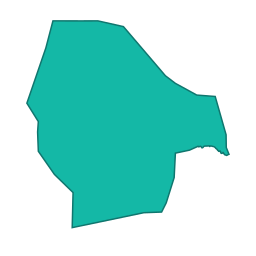 the district of Bayanmo'nx, Hentiy, Mongolia, rotated 185°
{"feature_id": "93677404B71590009597978", "entity_name": "Bayanmo'nx", "entity_type": "district", "adm_level": 2, "iso_a3": "MNG", "parent_name": "Mongolia", "parent_adm1": "Hentiy", "projection": "mercator", "projection_center": [109.403, 46.914], "detail": "fine", "context": "isolated", "style": "filled", "palette": "teal", "viewbox_px": 256, "rotation_deg": 185, "n_neighbors": 0, "source": "geoboundaries", "source_scale": "gbopen_adm2", "svg_char_len": 1463}
<svg xmlns="http://www.w3.org/2000/svg" viewBox="0 0 256 256"><g transform="rotate(185 128 128)"><path d="M215.3,97.0L197.2,75.3L177.1,58.9L174.9,23.9L104.9,45.0L87.2,47.2L83.4,56.8L77.7,82.6L78.6,107.1L64.8,111.3L56.6,115.9L56.2,115.5L55.9,115.4L55.6,115.5L55.3,115.6L54.9,115.9L54.6,116.0L54.2,116.1L53.9,116.0L53.6,115.9L53.4,115.6L53.0,115.0L52.8,114.8L52.5,114.7L52.2,114.8L51.9,114.9L51.6,115.2L51.4,115.5L51.0,116.1L50.7,116.4L50.4,116.6L49.9,116.6L49.1,116.8L47.9,116.9L47.1,117.0L46.6,117.2L46.3,117.2L46.0,117.2L45.8,117.1L45.5,117.0L45.3,116.8L45.1,116.7L44.9,116.7L44.8,116.8L44.7,116.9L44.7,117.1L44.7,117.3L44.2,117.3L43.7,117.3L42.7,117.2L41.8,117.0L40.9,116.9L40.3,116.7L39.8,116.4L39.3,116.0L38.9,115.5L38.2,115.0L37.7,114.7L37.2,114.3L36.9,113.8L36.6,113.5L36.3,113.3L35.9,113.1L35.6,112.7L35.4,112.7L35.1,112.7L34.9,112.7L34.6,112.9L34.4,113.1L34.1,113.0L33.9,112.8L33.7,112.6L33.7,112.2L33.6,111.9L33.4,111.4L33.2,111.2L32.9,110.9L32.6,110.9L32.3,110.9L32.0,111.0L31.8,111.2L31.6,111.5L31.3,111.8L31.2,111.9L30.9,111.7L30.7,111.4L30.4,110.8L30.0,110.5L29.7,110.3L29.5,110.0L29.3,109.8L29.1,109.7L28.8,109.7L28.4,109.6L28.1,109.5L27.8,109.4L27.6,109.3L27.3,109.3L27.1,109.4L26.4,109.9L25.8,110.3L25.1,110.6L28.4,117.1L29.7,129.8L43.9,167.0L62.4,166.8L84.7,176.6L95.3,183.3L141.4,228.6L167.4,232.1L183.8,230.6L212.1,228.2L216.8,200.6L230.9,143.9L217.9,126.6L217.7,116.1L215.3,97.0Z" fill="#14b8a6" stroke="#0f766e" stroke-width="1.5"/></g></svg>